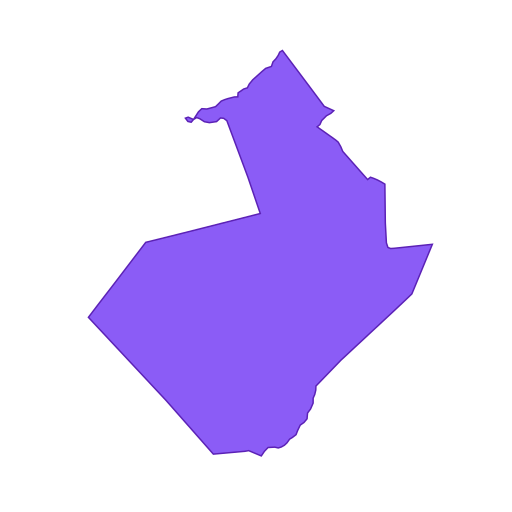 Serra Branca, Paraíba, Brazil (Robinson projection), rotated 170°
{"feature_id": "56859067B97423314982747", "entity_name": "Serra Branca", "entity_type": "district", "adm_level": 2, "iso_a3": "BRA", "parent_name": "Brazil", "parent_adm1": "Paraíba", "projection": "robinson", "projection_center": [-36.73, -7.555], "detail": "fine", "context": "isolated", "style": "filled", "palette": "violet", "viewbox_px": 512, "rotation_deg": 170, "n_neighbors": 0, "source": "geoboundaries", "source_scale": "gbopen_adm2", "svg_char_len": 1411}
<svg xmlns="http://www.w3.org/2000/svg" viewBox="0 0 512 512"><g transform="rotate(170 256 256)"><path d="M293.8,401.3L290.4,402.6L287.6,401.0L283.5,397.2L278.7,395.4L271.5,395.2L267.0,398.1L263.9,397.2L261.2,394.3L250.3,335.1L245.1,301.5L244.4,297.1L322.9,291.3L362.2,288.6L400.4,253.4L421.1,234.5L431.7,224.7L369.6,129.3L332.4,68.3L300.9,65.6L297.0,65.6L285.5,58.2L281.6,62.2L277.4,65.3L270.7,64.5L267.4,63.1L264.3,63.5L260.9,64.7L258.1,66.5L254.7,69.8L251.6,71.0L247.6,73.1L245.3,76.9L241.8,81.8L237.7,83.7L234.0,86.8L232.5,92.4L228.8,95.9L225.3,101.2L224.4,106.1L222.2,109.4L220.4,113.6L219.6,117.5L190.4,138.7L129.2,178.3L119.0,185.0L109.1,191.6L80.3,236.9L118.6,239.6L122.1,240.0L124.6,241.5L125.3,246.3L122.9,266.1L116.6,304.4L119.7,307.1L123.2,309.8L126.6,312.0L129.6,313.7L132.8,311.9L136.8,318.4L152.4,343.9L153.5,348.8L155.3,353.9L157.5,356.5L163.0,362.1L173.4,372.6L170.2,374.4L167.8,378.0L164.9,380.0L162.2,381.9L157.5,383.5L154.2,385.6L162.8,391.5L172.5,410.8L194.3,453.8L197.2,452.7L199.3,449.7L202.1,446.8L205.5,444.3L207.9,440.0L213.9,439.1L218.0,436.7L228.6,430.1L232.8,426.5L235.3,423.1L239.1,422.6L245.3,419.8L246.3,415.9L249.8,416.4L256.3,415.9L259.8,415.4L263.4,414.6L266.6,412.3L269.9,410.1L273.1,409.8L278.9,409.3L283.8,410.5L287.6,408.0L293.8,401.3ZM301.6,404.0L299.7,400.3L296.6,399.0L293.8,401.3L298.7,404.5L301.6,404.0Z" fill="#8b5cf6" stroke="#5b21b6" stroke-width="1.5"/></g></svg>